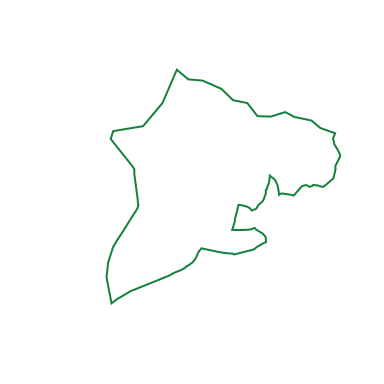 the district of Old Tafo Municipal, Ashanti, Ghana, rotated 130°
{"feature_id": "2480657B10806173713075", "entity_name": "Old Tafo Municipal", "entity_type": "district", "adm_level": 2, "iso_a3": "GHA", "parent_name": "Ghana", "parent_adm1": "Ashanti", "projection": "albers", "projection_center": [-1.61, 6.738], "detail": "fine", "context": "isolated", "style": "outline", "palette": "green", "viewbox_px": 384, "rotation_deg": 130, "n_neighbors": 0, "source": "geoboundaries", "source_scale": "gbopen_adm2", "svg_char_len": 2379}
<svg xmlns="http://www.w3.org/2000/svg" viewBox="0 0 384 384"><g transform="rotate(130 192 192)"><path d="M55.0,120.1L60.5,134.9L60.5,146.5L68.6,161.6L70.9,172.0L83.7,180.2L91.8,190.6L88.3,206.8L95.3,219.6L94.1,235.8L99.9,255.6L108.1,267.2L108.1,282.2L142.9,271.8L173.0,271.8L196.0,291.5L203.6,288.4L210.5,254.4L211.0,253.0L211.4,251.5L212.0,250.4L215.0,248.1L231.5,230.0L235.6,225.9L236.6,224.6L238.2,223.8L240.7,223.1L249.4,222.0L266.4,219.6L276.7,218.4L284.8,217.1L300.2,210.8L306.2,206.7L312.4,202.5L329.0,182.1L322.7,180.7L307.6,175.4L270.8,155.8L265.2,153.7L264.8,153.4L263.8,152.9L263.0,152.5L262.1,151.9L261.4,151.5L260.2,151.0L259.1,150.3L258.0,149.8L256.5,149.3L255.2,148.7L253.7,148.4L252.7,148.4L252.2,148.3L251.8,148.2L251.2,147.9L250.1,147.4L249.1,147.2L247.7,146.9L246.3,146.5L245.2,146.2L243.9,146.4L242.3,146.4L240.4,146.5L238.8,146.9L237.2,147.4L235.6,148.0L234.2,148.3L232.7,148.6L230.7,148.5L229.1,148.6L222.7,136.5L218.5,129.0L215.3,124.2L213.3,121.7L212.9,119.7L196.4,107.8L191.7,106.8L188.4,105.5L187.0,105.1L182.7,103.1L179.0,106.8L178.7,109.3L178.4,111.7L179.0,114.7L179.6,119.2L179.2,120.8L180.3,121.6L181.5,122.0L184.0,123.9L185.6,125.5L186.4,126.5L188.5,128.7L195.2,136.8L187.0,140.3L184.9,141.7L183.4,142.6L181.3,143.5L178.4,144.9L175.6,146.3L173.7,147.3L172.0,148.1L170.7,146.1L170.2,145.3L169.7,144.4L169.0,143.2L168.7,142.2L168.4,141.3L168.0,140.8L167.5,139.6L167.5,138.9L167.3,137.5L167.4,136.2L167.8,134.4L164.1,132.3L163.7,132.1L159.0,132.7L153.9,131.9L150.8,132.5L148.8,133.5L146.3,134.1L142.9,136.8L141.2,136.6L139.2,137.8L136.1,138.6L133.9,139.9L132.3,141.1L131.5,141.6L130.6,142.0L129.8,142.5L129.3,142.8L129.5,139.8L129.5,139.4L129.2,138.5L129.3,136.8L129.8,135.1L130.8,133.1L131.5,131.4L132.8,129.6L133.8,128.3L136.0,125.9L136.2,125.6L136.9,124.9L138.2,123.4L137.1,123.2L136.0,122.8L135.2,122.0L134.4,120.9L133.7,119.4L131.4,115.9L130.3,114.0L129.2,111.8L117.2,111.6L116.0,111.0L113.7,109.4L112.9,107.8L112.5,105.3L110.4,103.9L108.6,103.7L107.2,101.5L105.9,99.4L105.3,97.4L104.6,96.2L103.9,95.0L101.4,94.3L100.6,94.0L98.3,93.7L95.9,93.3L91.8,92.6L90.6,92.5L89.4,93.1L88.1,93.7L82.8,96.4L82.6,96.6L82.3,96.8L81.1,97.8L79.9,98.9L77.2,99.5L76.2,99.8L73.6,100.4L70.9,101.1L69.3,101.4L67.9,103.2L67.3,104.6L66.9,105.5L65.2,109.7L64.6,111.7L64.0,113.6L62.6,115.2L60.5,118.3L55.0,120.1Z" fill="none" stroke="#15803d" stroke-width="2"/></g></svg>